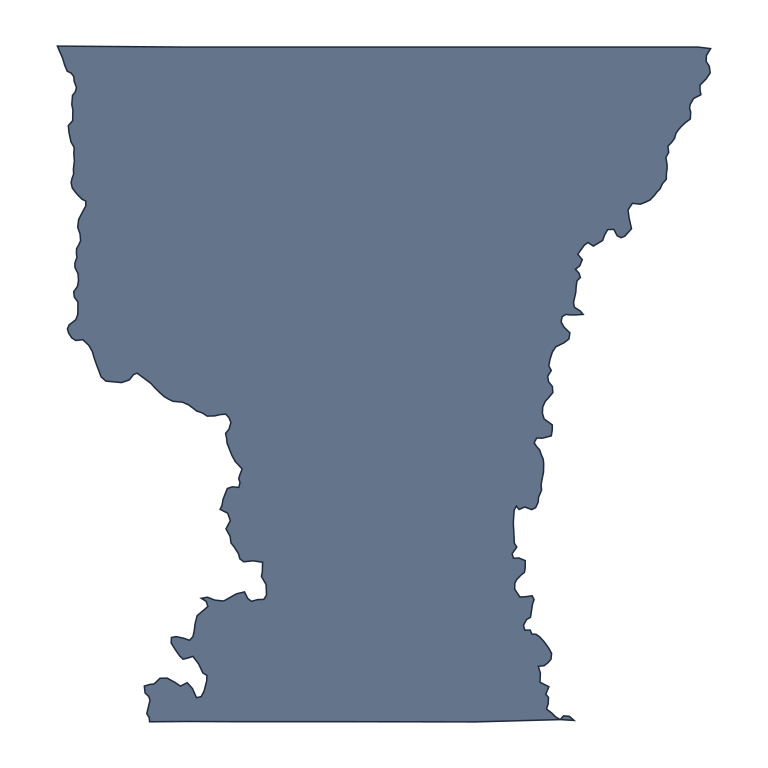 the district of Monte Negro, Rondônia, Brazil
{"feature_id": "56859067B64772459385796", "entity_name": "Monte Negro", "entity_type": "district", "adm_level": 2, "iso_a3": "BRA", "parent_name": "Brazil", "parent_adm1": "Rondônia", "projection": "albers", "projection_center": [-63.371, -10.246], "detail": "fine", "context": "isolated", "style": "filled", "palette": "slate", "viewbox_px": 768, "rotation_deg": 0, "n_neighbors": 0, "source": "geoboundaries", "source_scale": "gbopen_adm2", "svg_char_len": 4052}
<svg xmlns="http://www.w3.org/2000/svg" viewBox="0 0 768 768"><path d="M57.4,46.1L59.5,51.2L62.6,58.1L64.6,65.0L67.2,71.2L71.0,73.0L73.8,76.6L74.1,81.1L76.5,87.7L75.0,92.5L72.5,95.3L71.8,104.5L72.9,110.1L72.7,115.9L72.7,120.6L68.3,125.6L69.0,132.5L71.0,142.0L74.2,147.5L73.8,153.8L74.4,160.8L73.4,169.2L73.6,174.2L72.1,178.1L71.1,182.6L72.3,188.1L76.6,193.7L81.9,199.2L85.7,201.0L85.8,205.8L81.5,213.9L78.7,219.3L77.7,227.3L80.0,233.7L80.6,240.6L78.7,245.1L76.6,248.6L76.4,253.3L76.9,257.5L74.9,262.9L74.9,267.4L78.0,273.6L78.5,280.6L77.5,286.3L73.7,291.7L74.3,297.1L77.9,302.0L77.9,309.5L77.7,314.7L75.8,319.7L69.1,324.9L67.4,328.9L68.6,333.0L71.6,337.8L75.8,340.5L82.8,339.7L88.7,345.2L92.3,351.5L94.2,358.1L96.4,364.4L101.2,377.0L105.9,381.1L121.5,382.6L129.4,379.9L133.6,374.5L137.2,373.2L150.9,383.4L155.4,388.4L159.6,392.5L164.2,396.6L167.9,398.8L172.9,401.3L182.6,402.2L189.0,405.1L196.8,411.1L202.3,412.9L207.2,416.1L214.8,415.9L220.1,414.6L225.8,414.2L228.9,417.6L230.9,422.4L229.0,429.2L225.6,433.3L226.6,438.4L227.1,443.4L231.9,455.4L235.3,461.6L242.1,468.9L240.2,473.9L238.7,478.6L240.0,482.5L238.8,487.4L232.3,486.8L227.3,488.5L225.0,494.3L223.0,499.5L222.0,505.3L220.1,509.4L227.7,513.2L230.3,520.6L226.0,528.9L230.1,536.4L231.0,543.0L234.2,547.0L238.5,553.8L239.8,558.8L243.8,561.8L253.1,560.8L262.6,562.3L262.3,572.2L261.4,576.4L266.1,584.6L266.5,595.1L263.8,599.4L257.7,599.6L251.4,601.3L247.7,598.4L244.5,591.9L236.5,593.8L223.7,601.0L214.8,600.1L207.5,597.2L201.3,598.3L206.2,601.4L207.9,606.5L197.1,615.7L195.0,624.2L194.3,630.4L192.9,636.7L189.5,640.3L184.3,638.4L176.2,636.6L171.4,637.5L171.2,643.1L175.4,649.8L179.6,655.8L183.1,659.2L187.6,658.1L192.9,656.4L198.6,663.9L202.8,672.9L206.9,675.5L206.7,680.9L204.1,690.9L201.2,696.6L196.5,697.7L192.5,688.6L187.2,682.7L180.4,686.1L175.0,682.4L167.1,678.1L159.9,678.3L154.2,683.9L150.0,684.4L144.3,686.1L145.1,693.0L148.7,696.4L150.0,700.1L148.1,708.1L146.8,713.6L149.2,717.7L149.6,721.8L188.7,721.5L233.3,721.7L251.1,721.7L344.6,721.7L475.9,721.9L560.2,719.6L555.5,716.8L552.2,713.4L546.5,709.0L548.2,703.9L548.5,697.4L545.7,694.2L548.9,686.8L540.0,682.2L540.4,673.1L538.3,666.3L544.2,665.7L548.2,662.5L551.0,659.2L551.6,653.4L548.5,647.8L544.2,641.8L539.5,636.7L536.1,634.3L531.9,634.1L530.2,630.1L524.8,630.1L523.5,625.3L526.5,619.6L530.5,617.3L532.6,603.8L534.1,599.7L532.2,595.8L524.1,596.9L519.8,596.9L514.7,589.1L514.8,583.3L516.7,579.6L521.0,575.1L524.4,572.4L525.2,568.1L525.2,560.6L519.0,558.0L513.4,558.2L512.1,553.7L516.8,547.1L514.3,543.1L513.8,531.3L513.4,525.1L513.4,521.0L514.2,510.0L516.3,506.1L519.1,509.5L524.6,507.0L531.8,509.6L535.6,507.7L538.2,502.1L538.6,497.2L541.6,490.0L541.1,484.9L542.0,479.5L543.5,472.4L543.7,463.6L543.2,459.1L541.1,454.1L539.6,449.8L536.6,446.6L534.2,442.7L536.7,438.0L542.4,438.2L551.3,435.9L552.3,429.7L552.3,424.9L544.1,418.9L542.4,413.3L542.7,407.1L545.2,401.4L549.0,397.3L552.8,392.6L552.4,386.5L548.6,381.8L547.7,376.3L551.3,370.4L548.8,366.0L550.0,359.4L552.4,352.0L555.7,346.9L564.0,342.8L568.9,339.0L569.9,332.9L564.0,327.1L561.1,321.8L562.2,316.6L565.9,314.4L569.9,314.9L576.2,314.9L583.1,314.4L580.3,311.0L574.4,307.2L573.5,302.5L575.8,292.3L576.1,287.4L576.9,280.9L580.4,277.5L578.9,273.0L575.4,269.3L579.7,265.9L582.3,259.7L577.8,254.3L580.8,250.0L584.5,245.0L588.0,242.5L593.3,246.1L598.0,243.3L602.6,240.5L604.6,235.1L607.7,229.6L613.8,229.4L617.2,235.8L621.1,237.7L624.8,236.2L631.5,228.7L629.1,217.8L628.0,210.0L632.4,203.3L640.3,204.2L645.7,202.1L650.0,200.0L654.1,195.8L657.0,192.0L660.0,189.0L662.5,183.6L666.3,179.3L666.4,173.7L667.1,168.8L667.1,164.7L665.9,157.4L668.7,152.3L667.9,146.2L671.6,142.4L674.5,138.5L676.0,133.3L678.3,129.9L681.6,126.2L685.4,122.6L690.3,119.0L690.7,112.0L689.6,108.2L690.2,104.4L693.6,98.5L700.9,94.7L700.0,89.7L700.1,85.0L706.2,78.9L710.2,72.9L709.3,66.3L706.2,61.5L706.4,55.6L710.6,48.6L698.4,47.1L659.4,47.1L384.5,47.1L287.7,47.1L280.1,47.1L188.4,47.1L57.4,46.1ZM560.2,719.6L574.0,720.4L569.3,716.3L563.6,715.8L560.2,719.6Z" fill="#64748b" stroke="#1e293b" stroke-width="1.5"/></svg>